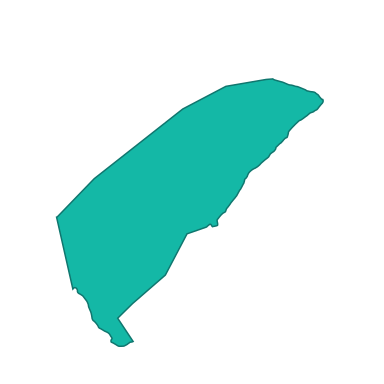 San Antonio, Copán, Honduras, rotated 49°
{"feature_id": "27666195B4235748458284", "entity_name": "San Antonio", "entity_type": "district", "adm_level": 2, "iso_a3": "HND", "parent_name": "Honduras", "parent_adm1": "Copán", "projection": "equal_earth", "projection_center": [-88.864, 15.06], "detail": "fine", "context": "isolated", "style": "filled", "palette": "teal", "viewbox_px": 384, "rotation_deg": 49, "n_neighbors": 0, "source": "geoboundaries", "source_scale": "gbopen_adm2", "svg_char_len": 5711}
<svg xmlns="http://www.w3.org/2000/svg" viewBox="0 0 384 384"><g transform="rotate(49 192 192)"><path d="M122.1,310.7L187.1,345.6L186.9,343.9L187.0,343.8L187.1,343.5L187.3,343.3L187.4,343.1L187.7,342.9L188.0,342.7L188.5,342.5L189.0,342.4L189.5,342.5L190.0,342.6L190.5,342.7L190.8,342.9L191.2,343.1L191.5,343.3L191.8,343.6L192.0,343.8L192.5,344.0L193.1,344.1L193.5,344.1L193.8,344.1L194.1,344.0L194.6,343.9L195.5,343.5L196.1,343.3L197.1,343.0L198.5,342.6L198.9,342.6L199.4,342.6L205.4,343.0L205.8,343.1L206.4,343.2L207.1,343.5L207.9,343.7L208.6,344.0L209.0,344.2L209.5,344.5L210.4,345.1L210.8,345.3L211.2,345.5L211.9,345.7L213.6,346.3L214.9,346.7L215.9,347.0L216.8,347.4L217.3,347.6L218.2,348.1L219.1,348.6L220.0,349.1L220.4,349.4L221.4,350.0L221.8,350.3L222.1,350.4L222.5,350.6L222.9,350.7L223.3,350.8L223.8,350.9L224.2,350.9L224.4,350.8L224.8,350.8L225.4,350.6L225.7,350.6L225.9,350.6L226.6,350.5L228.4,350.5L229.7,350.6L230.3,350.6L231.2,350.8L231.8,350.9L232.6,351.2L232.9,351.2L233.2,351.3L233.7,351.2L233.9,351.2L234.4,351.0L235.4,350.6L236.2,350.3L238.7,349.5L239.7,349.2L240.3,348.9L241.4,348.4L241.8,348.2L242.6,347.9L243.1,347.7L243.8,347.6L244.3,347.5L244.9,347.5L245.4,347.5L247.3,347.9L249.1,348.1L249.8,348.3L250.0,348.4L250.1,348.5L250.3,348.7L250.3,348.9L250.4,349.3L250.5,349.7L250.6,350.0L250.8,350.3L250.9,350.5L251.1,350.7L251.6,351.1L251.9,351.3L252.0,351.4L252.6,351.3L253.0,351.1L254.6,350.4L255.6,350.1L257.0,349.6L257.7,349.4L259.1,349.0L259.6,348.8L260.1,348.6L260.4,348.3L261.1,347.7L261.8,346.8L262.3,346.2L262.8,345.6L263.4,344.8L263.6,344.4L263.8,344.0L264.0,343.0L264.3,341.9L264.4,341.3L264.5,340.7L264.5,340.0L264.6,339.2L264.7,338.3L264.7,337.4L264.9,337.1L265.1,336.7L265.4,336.3L265.6,336.0L266.0,335.2L266.2,334.5L238.5,330.9L237.2,310.0L237.2,266.6L220.3,223.2L228.0,203.9L227.9,203.3L227.9,202.9L227.9,202.4L227.9,201.9L227.9,201.2L228.0,200.5L228.0,200.0L228.1,199.8L228.1,199.7L228.3,199.5L228.4,199.3L228.5,199.3L228.8,199.1L229.0,199.1L229.5,199.1L230.3,199.3L230.7,199.3L231.4,199.3L231.5,199.3L231.5,199.2L231.9,198.7L232.4,197.9L233.1,196.6L233.4,196.1L233.5,195.8L233.7,195.3L233.8,194.9L233.9,194.7L233.8,194.4L233.7,194.3L233.4,194.0L233.0,193.6L232.8,193.5L232.4,193.2L231.5,192.7L231.1,192.5L230.5,192.1L229.9,191.7L229.6,191.3L229.5,191.1L229.4,190.9L229.3,190.2L229.1,189.2L228.8,187.7L228.5,185.8L228.4,185.1L228.4,184.3L228.3,183.4L228.3,183.0L228.3,182.7L228.5,181.5L228.7,180.8L228.8,179.8L228.8,179.6L228.7,179.5L228.3,178.8L228.0,178.2L227.3,177.0L227.3,176.9L227.2,176.7L227.1,175.9L227.0,175.2L226.4,172.3L226.2,171.4L225.8,170.1L225.6,169.2L225.3,167.4L225.1,166.4L224.8,164.4L224.6,163.1L224.3,161.9L224.2,161.0L224.1,160.7L224.0,160.3L223.8,159.9L222.1,155.3L221.9,154.7L221.8,153.9L221.7,153.5L221.6,153.1L221.3,152.4L220.8,151.0L219.9,148.8L219.7,148.4L219.5,147.6L219.4,147.3L219.3,147.1L219.1,146.8L218.6,146.0L218.3,145.5L217.8,144.9L217.6,144.6L217.3,144.3L217.1,144.1L217.0,143.9L217.0,143.7L217.0,142.8L217.0,142.5L217.0,142.2L216.9,141.8L216.7,140.9L216.5,140.2L216.3,139.8L216.1,139.4L215.8,139.0L215.6,138.7L215.5,138.3L215.3,137.9L215.1,137.3L214.9,136.9L214.8,136.4L214.7,135.9L214.7,135.6L214.6,134.9L214.6,134.5L214.6,133.9L214.6,132.8L214.7,132.2L214.7,131.5L214.9,130.7L215.0,130.1L215.2,129.4L215.5,128.5L215.5,128.1L215.6,127.7L215.7,127.2L215.8,126.4L215.9,125.9L215.9,125.5L215.9,124.8L215.9,123.9L215.9,123.2L215.7,121.6L215.6,120.7L215.6,120.1L215.6,117.3L215.6,116.8L215.6,115.9L215.8,112.9L215.8,111.2L214.7,108.0L214.7,107.8L214.6,107.7L214.7,107.2L214.7,106.5L214.8,105.5L214.9,104.7L215.0,104.1L215.0,103.7L215.0,102.9L214.9,102.6L214.9,102.3L214.7,101.7L214.6,101.2L214.5,100.9L214.4,100.6L214.3,100.4L214.1,100.2L213.9,100.0L213.7,99.9L213.6,99.7L213.4,99.4L213.4,99.2L213.1,94.1L213.1,93.8L213.2,93.6L213.3,92.8L213.3,92.6L213.3,92.4L213.0,89.9L213.0,89.7L212.9,89.3L212.8,89.1L212.8,88.9L212.7,88.6L212.7,87.9L212.6,86.8L212.6,86.4L212.7,86.0L212.8,85.8L212.8,85.5L212.9,85.3L213.0,85.0L213.1,84.9L213.1,84.6L213.1,84.4L213.1,84.2L212.9,83.8L212.7,83.6L212.4,83.0L211.8,82.1L211.0,80.9L210.7,80.6L210.3,80.2L210.2,80.0L210.0,79.7L209.9,79.5L209.8,79.2L209.7,78.6L209.6,78.1L209.5,77.5L209.1,74.6L208.9,72.4L208.8,70.8L208.7,70.1L208.5,65.5L208.5,64.6L208.5,64.3L208.6,64.0L208.6,63.8L208.7,63.6L208.9,63.2L209.0,62.9L209.1,62.6L209.1,62.3L209.2,61.8L209.4,60.0L209.5,58.9L209.5,58.4L209.6,57.5L209.6,57.0L209.6,56.6L209.7,56.1L209.8,55.7L209.8,52.4L209.9,51.1L209.9,50.7L210.0,50.4L210.3,49.9L210.5,49.3L210.9,48.4L211.1,47.8L211.1,47.5L211.2,47.3L211.2,47.1L211.1,46.6L211.2,46.1L211.2,45.8L211.3,45.6L211.5,44.9L211.6,44.6L211.7,43.9L211.8,43.6L211.8,43.4L211.7,43.1L211.7,42.7L211.2,40.4L210.7,37.5L210.6,36.8L210.5,35.7L210.4,35.2L210.3,34.9L210.2,34.6L210.1,34.3L209.9,34.0L209.7,33.7L209.2,33.2L208.8,33.0L208.6,32.8L208.3,32.7L208.2,32.7L207.9,32.6L207.7,32.7L207.6,32.8L207.5,33.1L207.4,33.2L207.3,33.3L207.2,33.3L206.2,33.3L203.7,33.3L203.1,33.2L202.0,33.1L201.6,33.1L201.2,33.1L200.9,33.2L200.1,33.4L199.6,33.6L199.0,33.7L198.4,33.8L198.0,33.8L197.7,33.9L197.4,34.0L197.0,34.2L196.6,34.4L196.0,34.9L195.6,35.2L195.2,35.6L194.4,36.3L193.9,36.8L193.6,37.0L192.2,38.0L191.4,38.6L191.0,38.9L190.7,39.0L189.5,39.3L189.2,39.4L188.8,39.6L185.0,41.5L182.3,42.9L181.9,43.1L180.9,43.9L180.1,44.6L179.6,44.9L178.2,45.7L177.3,46.3L176.9,46.6L176.5,46.9L176.1,47.3L175.3,48.0L175.1,48.2L174.8,48.4L174.5,48.6L174.0,48.9L169.4,51.1L168.9,51.4L168.3,51.7L167.2,52.5L165.8,53.4L162.6,55.5L161.5,56.2L161.1,56.4L160.9,56.5L160.5,56.6L160.0,56.7L159.8,56.8L159.6,56.9L159.5,57.0L159.4,57.2L155.7,62.2L134.5,97.1L123.3,144.5L117.8,257.1L122.4,309.9L122.1,310.7Z" fill="#14b8a6" stroke="#0f766e" stroke-width="1.5"/></g></svg>